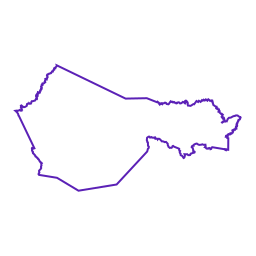 the district of Derwent Valley, Tasmania, Australia
{"feature_id": "25037944B77062531378131", "entity_name": "Derwent Valley", "entity_type": "district", "adm_level": 2, "iso_a3": "AUS", "parent_name": "Australia", "parent_adm1": "Tasmania", "projection": "robinson", "projection_center": [146.703, -42.804], "detail": "fine", "context": "isolated", "style": "outline", "palette": "violet", "viewbox_px": 256, "rotation_deg": 0, "n_neighbors": 0, "source": "geoboundaries", "source_scale": "gbopen_adm2", "svg_char_len": 5822}
<svg xmlns="http://www.w3.org/2000/svg" viewBox="0 0 256 256"><path d="M219.6,111.0L218.9,109.9L218.8,110.0L218.9,109.4L217.3,109.0L217.4,108.4L216.6,108.3L216.7,108.0L216.2,107.9L216.5,106.7L215.6,106.5L213.3,104.9L212.8,102.5L212.5,102.5L212.1,101.4L212.5,101.3L212.3,100.6L211.3,100.9L211.2,100.5L210.0,100.8L209.8,100.4L208.3,99.3L207.4,100.7L206.7,100.2L206.8,100.0L205.8,99.4L204.8,100.5L203.7,99.7L202.8,100.7L202.0,100.1L200.6,101.9L198.9,100.8L198.1,102.0L196.5,101.0L194.2,104.2L193.8,104.0L193.2,104.2L191.1,105.6L190.2,105.9L189.1,105.6L188.0,105.6L187.6,104.5L187.8,103.3L187.6,102.4L186.5,101.0L185.9,100.6L185.2,100.9L184.7,101.5L184.8,102.0L185.5,102.8L185.1,103.4L183.8,102.3L182.8,101.9L181.5,103.1L180.7,103.4L180.0,103.4L179.5,102.7L178.8,102.3L178.1,102.4L177.6,102.8L177.1,102.6L176.8,102.8L176.7,103.3L176.3,103.4L176.0,103.0L174.9,102.8L174.3,102.1L173.6,102.4L172.8,102.4L172.5,102.1L173.1,101.9L172.6,101.7L171.6,101.9L171.6,101.7L171.1,101.6L170.7,101.3L169.6,102.7L168.9,103.9L168.4,104.3L166.7,104.0L166.3,103.6L166.3,103.2L165.9,102.9L165.0,102.6L164.1,103.2L163.0,103.3L162.7,103.7L162.6,103.4L161.9,103.1L161.0,103.5L161.3,104.0L161.0,104.1L160.7,104.0L160.4,103.4L160.0,103.3L159.7,103.7L159.9,104.2L159.7,104.5L159.2,103.9L159.3,103.2L158.4,102.7L158.4,102.4L157.7,101.9L157.6,102.3L157.2,102.3L146.8,98.2L125.6,98.6L56.7,65.3L56.8,65.7L56.3,66.7L55.5,67.3L55.4,68.1L54.6,68.0L54.1,68.3L54.1,69.0L53.9,69.3L54.2,69.7L53.2,70.4L53.1,71.0L52.3,71.3L52.4,71.6L51.9,71.6L51.2,73.0L50.9,73.2L50.6,73.1L50.3,73.4L49.1,73.6L48.7,74.1L48.1,74.1L47.8,74.5L47.5,74.5L47.4,75.0L47.0,75.1L46.9,75.7L47.4,76.2L47.4,76.7L47.6,77.0L47.2,77.3L47.1,78.3L46.0,78.7L46.1,78.9L46.5,79.1L46.6,79.4L45.7,79.4L45.9,79.7L45.4,79.8L45.1,80.3L45.0,80.6L45.2,82.0L44.6,82.0L44.5,82.9L43.5,83.5L42.5,83.4L42.4,83.6L43.1,83.8L42.5,84.2L42.4,84.7L42.5,85.2L42.1,85.5L41.7,85.4L41.7,85.8L41.1,86.4L41.3,86.9L41.2,87.1L41.8,87.6L41.7,88.8L41.4,89.3L41.0,89.2L41.0,89.7L40.5,89.8L40.3,90.4L40.4,90.8L40.0,90.9L39.8,91.5L39.9,92.6L39.1,92.9L38.5,92.4L37.9,92.2L37.7,93.6L37.9,93.9L37.4,94.2L37.6,95.2L37.1,95.1L37.0,94.0L36.2,95.1L36.0,96.0L36.1,96.6L37.1,96.9L36.6,97.9L37.0,98.6L36.9,99.1L35.9,99.0L35.1,100.5L32.8,101.2L31.8,101.2L31.4,101.8L31.2,103.0L30.8,103.7L29.8,103.7L29.1,103.2L29.0,103.7L27.8,103.6L27.4,104.1L27.0,104.1L26.9,104.5L27.0,104.8L26.7,105.9L25.1,106.9L23.9,107.2L22.7,106.5L21.4,105.4L20.9,105.7L21.1,106.3L20.9,107.0L21.2,107.3L21.0,107.8L21.7,108.2L21.5,109.0L22.0,109.9L21.6,110.2L21.6,110.6L21.1,110.7L20.9,110.3L20.4,110.4L19.6,110.0L19.1,110.4L18.1,110.6L17.4,111.2L16.8,110.6L15.4,110.8L17.0,112.3L18.1,113.9L18.5,115.6L18.9,115.9L34.4,148.3L33.5,148.6L32.8,147.9L32.1,147.9L31.9,148.2L31.9,148.8L32.1,149.5L32.0,150.7L32.9,151.7L33.0,152.4L32.8,152.6L33.0,153.3L33.7,153.7L34.2,154.5L34.7,154.8L35.2,155.6L35.2,155.9L35.6,156.2L35.6,156.5L36.1,156.7L36.4,157.2L37.2,157.6L37.2,157.9L37.5,158.0L37.9,158.6L38.2,158.8L38.2,159.2L38.9,159.6L39.4,160.9L40.3,161.7L40.2,162.0L40.8,162.8L41.5,162.8L41.8,163.2L41.4,163.5L41.3,164.9L41.5,165.5L41.0,166.4L41.1,167.1L41.0,167.5L41.2,168.0L40.6,169.1L39.1,170.6L39.1,171.7L39.4,172.4L39.1,173.1L38.7,173.4L38.6,174.3L39.0,174.6L39.1,174.9L57.0,177.8L78.5,190.7L116.6,184.5L147.2,151.5L147.9,148.8L148.6,148.1L148.8,147.1L148.8,146.6L148.0,145.8L147.9,142.4L147.2,141.9L147.2,141.0L146.8,140.2L146.9,139.3L147.1,137.7L148.5,136.7L149.5,136.7L150.1,137.6L151.5,137.1L152.0,137.6L152.7,137.6L153.1,137.8L155.1,137.3L155.3,137.6L155.1,138.6L155.3,138.8L157.1,138.7L157.5,138.9L157.7,139.4L158.1,138.9L158.9,138.7L160.0,139.3L161.9,141.4L162.8,141.3L164.2,141.8L164.5,142.1L166.0,141.9L167.7,143.7L167.8,145.3L168.3,146.0L168.4,146.7L169.8,147.9L170.5,147.7L171.6,147.8L172.4,146.7L172.6,146.1L173.1,145.9L174.1,146.7L178.9,148.6L179.2,148.8L179.1,149.9L179.4,150.4L180.1,151.0L179.6,151.9L180.0,153.1L180.6,153.6L180.5,154.0L180.7,155.2L182.1,155.8L183.6,158.0L184.2,157.7L184.6,156.9L184.9,155.5L184.5,154.2L186.3,154.3L187.2,154.2L188.2,155.1L189.7,155.1L190.1,155.0L190.4,154.1L190.8,153.6L191.4,153.6L192.4,153.0L193.8,152.8L194.5,152.5L194.7,151.9L194.6,151.7L193.1,150.9L193.3,150.2L192.7,147.9L191.7,147.3L191.7,147.0L191.9,146.3L192.7,145.7L193.6,145.8L193.7,145.0L194.3,144.4L196.3,143.6L196.9,143.6L197.6,144.2L199.2,144.9L201.3,144.7L202.3,144.3L203.5,144.8L205.4,144.7L205.4,145.4L205.7,146.0L204.9,147.2L205.7,147.4L206.2,148.3L206.6,148.6L208.0,148.7L208.3,148.2L208.8,148.3L209.3,148.0L210.3,148.4L210.2,148.7L210.4,149.2L211.2,148.9L211.7,147.6L212.2,147.2L225.0,149.3L225.0,149.1L225.8,149.2L225.6,150.1L226.0,150.2L226.1,149.6L228.2,149.8L228.3,138.3L227.4,138.1L227.6,137.0L225.8,136.8L226.0,136.0L226.6,136.1L226.7,135.7L226.9,135.7L227.0,135.5L227.7,135.6L227.9,134.6L228.6,134.7L228.8,134.1L230.1,134.3L230.3,133.4L231.1,133.6L231.1,133.2L232.0,133.2L232.6,132.1L232.9,132.2L233.0,131.7L232.5,130.8L233.1,130.5L232.8,130.1L233.6,129.7L233.8,130.0L234.0,129.6L234.9,129.8L235.1,129.0L235.5,129.0L235.6,128.4L236.4,128.5L236.4,128.1L236.1,128.0L236.2,127.6L235.8,127.5L235.9,126.8L236.4,126.8L236.6,125.7L237.1,125.8L237.2,125.1L236.9,124.7L236.5,124.6L236.6,124.0L236.9,123.3L237.2,123.3L237.4,122.7L237.6,122.7L237.8,121.9L237.6,122.0L238.2,120.6L238.4,120.7L238.5,120.2L238.7,120.3L239.8,118.9L240.0,119.0L240.6,117.4L240.3,117.0L239.8,117.0L238.7,116.4L237.6,115.5L236.6,115.4L235.6,115.5L234.9,116.0L234.2,115.9L233.8,116.2L233.1,116.3L230.8,117.6L228.9,117.8L227.6,119.2L227.0,120.9L225.4,121.6L223.8,121.5L222.2,122.6L222.0,122.4L223.3,121.3L223.8,121.1L225.3,121.2L224.7,120.6L224.0,118.2L223.1,118.8L222.1,117.5L222.4,117.5L222.2,117.0L222.5,116.9L222.3,116.4L222.6,116.3L222.2,115.0L222.7,114.6L221.8,113.8L221.4,114.2L219.0,112.0L219.1,111.9L218.8,111.6L219.6,111.0Z" fill="none" stroke="#5b21b6" stroke-width="2"/></svg>